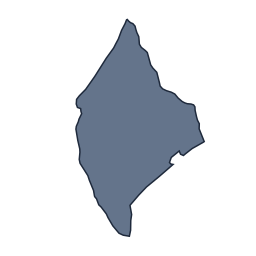 outline of Toto, Nassarawa, Nigeria, rotated 146°
{"feature_id": "59680162B43531883815254", "entity_name": "Toto", "entity_type": "district", "adm_level": 2, "iso_a3": "NGA", "parent_name": "Nigeria", "parent_adm1": "Nassarawa", "projection": "albers", "projection_center": [7.153, 8.233], "detail": "fine", "context": "isolated", "style": "filled", "palette": "slate", "viewbox_px": 256, "rotation_deg": 146, "n_neighbors": 0, "source": "geoboundaries", "source_scale": "gbopen_adm2", "svg_char_len": 1289}
<svg xmlns="http://www.w3.org/2000/svg" viewBox="0 0 256 256"><g transform="rotate(146 128 128)"><path d="M72.4,74.1L69.5,87.5L66.5,91.7L66.1,95.1L66.0,95.7L64.9,99.0L62.5,105.1L60.7,108.1L60.7,110.5L62.1,112.3L62.3,112.6L65.3,115.0L66.9,117.1L68.3,119.7L69.7,124.8L70.2,130.0L72.1,133.5L75.3,137.5L77.4,141.1L77.9,144.8L76.5,148.3L73.0,158.0L73.9,163.9L73.9,167.6L71.5,174.7L69.8,179.8L70.1,181.3L70.3,182.4L71.9,187.4L71.7,191.1L69.2,195.5L68.0,197.7L67.3,202.2L66.3,205.5L65.2,208.5L65.6,211.8L67.0,213.9L67.7,216.3L67.9,218.4L68.7,218.5L72.0,216.2L78.8,212.5L86.2,207.2L91.5,204.4L94.7,202.6L95.6,202.2L107.0,198.0L126.8,189.3L141.5,183.7L150.4,181.9L154.6,180.5L157.5,176.8L158.4,173.3L156.4,170.6L157.7,168.1L158.4,165.8L163.6,162.8L165.8,160.9L169.9,158.3L171.8,156.2L176.6,145.7L179.7,137.6L181.4,134.8L186.0,129.2L187.5,125.5L187.9,111.0L189.2,106.5L191.5,95.5L193.8,90.4L194.0,89.7L193.7,86.9L195.2,80.6L194.5,77.7L194.0,68.9L194.7,64.8L195.3,55.3L194.3,45.8L191.9,41.8L187.4,37.5L183.0,41.8L177.4,49.8L173.4,54.2L169.6,62.8L156.5,66.4L153.3,67.1L145.6,68.8L140.2,69.3L129.0,70.4L115.0,72.1L111.0,72.6L112.6,74.2L112.9,76.2L108.6,79.4L98.4,80.3L99.1,76.9L97.4,74.2L94.8,74.5L86.3,75.1L78.7,74.5L73.6,74.1L72.4,74.1Z" fill="#64748b" stroke="#1e293b" stroke-width="1.5"/></g></svg>